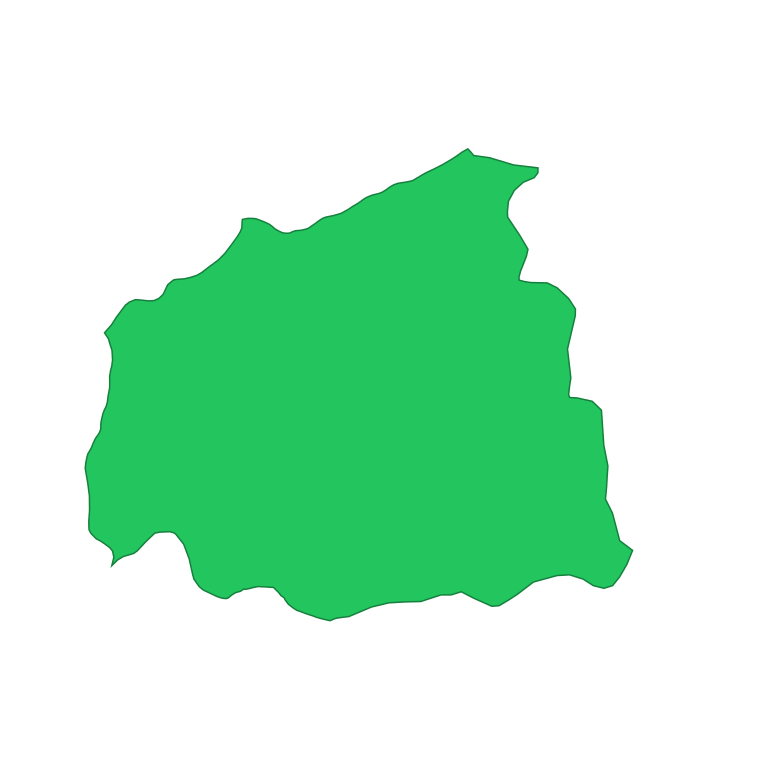 Drepung, Mongar, Bhutan (Equal Earth projection), rotated 195°
{"feature_id": "84629894B57522775958352", "entity_name": "Drepung", "entity_type": "district", "adm_level": 2, "iso_a3": "BTN", "parent_name": "Bhutan", "parent_adm1": "Mongar", "projection": "equal_earth", "projection_center": [91.265, 27.207], "detail": "fine", "context": "isolated", "style": "filled", "palette": "green", "viewbox_px": 768, "rotation_deg": 195, "n_neighbors": 0, "source": "geoboundaries", "source_scale": "gbopen_adm2", "svg_char_len": 3027}
<svg xmlns="http://www.w3.org/2000/svg" viewBox="0 0 768 768"><g transform="rotate(195 384 384)"><path d="M599.9,138.1L595.8,145.1L591.1,149.9L582.0,155.5L579.1,159.0L573.6,169.4L570.1,175.2L566.9,180.5L562.5,182.8L552.7,185.9L548.3,185.9L546.0,184.9L536.0,177.4L531.0,170.4L526.8,164.5L523.6,158.3L519.8,151.0L517.1,146.3L510.0,140.4L505.1,138.2L490.4,135.5L485.1,135.2L481.1,135.8L479.4,136.7L476.1,141.2L473.3,144.1L469.0,146.6L466.4,149.6L464.4,149.9L460.3,152.0L457.0,153.9L453.1,155.8L448.1,156.8L446.2,157.3L441.3,158.2L438.1,158.9L431.8,155.3L428.7,152.9L425.4,151.8L423.3,149.6L419.3,146.5L413.7,144.1L409.5,142.8L406.0,142.6L398.7,141.9L392.8,141.6L388.9,141.2L384.4,141.1L380.3,141.2L374.9,141.4L370.6,144.7L368.4,145.9L363.1,148.1L357.7,150.3L338.3,165.4L329.2,170.3L322.9,173.8L306.9,179.1L292.2,183.4L274.4,195.0L264.5,197.7L255.6,203.3L241.7,200.3L225.4,197.7L222.4,197.2L215.5,199.6L207.7,207.6L200.8,215.3L188.4,231.4L167.2,243.8L155.3,247.7L141.3,247.1L129.5,243.4L118.6,243.6L111.0,248.4L106.5,258.6L102.7,272.7L100.8,287.6L115.8,293.7L129.9,318.4L140.3,330.1L142.3,341.9L144.6,353.0L146.5,362.7L155.9,381.9L167.2,415.0L178.4,421.2L194.0,420.5L201.2,419.0L202.9,421.5L204.2,430.0L205.1,438.2L215.8,465.3L216.9,499.5L218.5,506.0L227.7,514.3L241.6,521.7L252.4,523.9L268.4,520.0L274.9,519.3L280.3,519.3L281.3,522.2L281.3,528.3L279.5,544.1L279.8,551.4L291.2,562.6L307.8,577.2L309.4,582.5L311.1,592.7L308.2,604.8L301.7,614.9L292.4,622.1L290.0,627.8L290.7,630.5L291.2,632.6L315.7,629.1L340.6,629.9L356.5,627.9L360.3,630.6L363.9,632.8L368.5,628.3L372.6,623.3L376.7,618.7L384.3,611.0L390.8,605.1L398.0,599.0L401.4,595.7L408.7,588.1L411.4,586.5L415.8,584.4L422.6,581.4L426.3,578.8L429.3,575.8L432.1,572.3L435.2,569.0L437.6,567.1L444.4,563.3L448.9,559.9L451.6,557.1L455.6,552.1L459.6,548.1L464.3,542.8L469.4,537.9L472.9,535.7L476.8,533.4L480.5,531.6L483.4,530.1L486.2,528.1L489.1,524.9L491.8,521.4L494.8,517.9L497.1,515.1L499.8,513.2L504.0,511.0L509.3,509.1L512.1,507.2L514.3,505.3L517.1,504.4L520.8,503.8L524.4,504.3L529.4,505.6L533.3,507.5L536.1,508.6L541.0,509.5L545.2,510.0L550.5,510.5L553.4,510.0L558.3,508.8L563.4,506.3L563.0,503.7L561.7,498.0L562.3,493.6L563.8,488.4L567.6,478.5L571.7,468.6L576.2,460.8L583.9,451.1L588.8,444.6L592.8,440.6L598.5,436.9L604.3,433.8L609.8,432.0L613.7,430.4L615.1,428.9L618.6,423.9L619.6,418.4L620.5,413.5L623.5,408.5L627.8,405.0L633.1,403.3L640.4,402.2L646.0,401.1L651.2,397.2L654.2,393.2L657.1,386.0L659.8,379.2L662.5,370.7L667.2,361.1L661.9,356.4L659.2,351.9L655.4,346.0L652.4,336.9L651.6,330.7L651.6,326.5L651.0,320.4L649.5,315.2L648.0,309.1L647.5,302.1L646.5,294.7L646.6,290.7L647.5,285.8L647.8,282.1L647.5,273.9L645.9,266.7L646.5,262.6L648.6,256.8L649.5,252.0L650.2,246.4L652.0,239.7L652.0,236.3L651.7,231.1L650.8,225.3L648.1,219.4L644.2,210.9L641.7,204.8L639.6,199.7L635.7,185.7L633.7,175.4L632.4,170.7L631.2,166.9L628.5,163.9L622.1,160.1L616.7,158.8L611.6,157.0L606.4,154.9L602.8,152.2L600.1,146.6L599.9,138.1Z" fill="#22c55e" stroke="#15803d" stroke-width="1.5"/></g></svg>